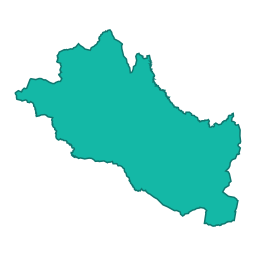 Phran Kratai, Kamphaeng Phet, Thailand (Albers equal-area conic projection)
{"feature_id": "78962969B94050076713993", "entity_name": "Phran Kratai", "entity_type": "district", "adm_level": 2, "iso_a3": "THA", "parent_name": "Thailand", "parent_adm1": "Kamphaeng Phet", "projection": "albers", "projection_center": [99.551, 16.715], "detail": "fine", "context": "isolated", "style": "filled", "palette": "teal", "viewbox_px": 256, "rotation_deg": 0, "n_neighbors": 0, "source": "geoboundaries", "source_scale": "gbopen_adm2", "svg_char_len": 5757}
<svg xmlns="http://www.w3.org/2000/svg" viewBox="0 0 256 256"><path d="M83.1,47.3L80.1,45.4L78.5,43.7L75.7,47.1L73.6,47.8L72.7,49.0L70.4,48.9L67.4,49.9L66.7,49.5L64.7,50.0L64.3,49.7L59.3,52.1L58.4,54.3L57.2,55.7L57.6,56.4L57.4,57.0L58.2,58.0L57.5,59.3L57.8,60.1L56.8,61.3L57.2,62.2L60.6,63.3L60.4,64.7L61.3,66.2L60.0,70.0L60.5,70.5L60.3,71.0L61.4,72.2L60.6,72.6L59.7,74.3L58.8,74.4L59.1,75.3L59.9,75.8L60.0,76.6L61.4,77.6L61.3,78.4L61.8,78.7L60.4,81.4L58.4,81.4L55.5,82.6L54.5,83.5L52.8,83.6L49.6,82.4L45.6,79.9L43.7,79.9L41.3,78.6L39.1,78.5L35.8,79.6L30.9,78.7L30.1,79.4L26.7,88.3L25.4,88.7L24.2,88.2L22.2,90.2L21.8,91.5L21.4,91.9L18.3,90.7L15.4,92.8L15.4,93.7L16.5,95.4L16.5,97.7L16.9,99.3L21.3,100.3L22.0,101.0L25.6,99.9L26.9,100.5L27.5,102.2L29.7,102.6L30.6,101.6L32.9,103.0L33.8,104.8L33.7,106.0L34.9,107.3L35.0,108.5L35.4,108.8L35.1,109.5L35.7,109.9L35.5,110.8L35.9,111.6L35.8,112.6L36.1,112.7L35.9,113.2L36.4,113.3L36.5,113.9L36.2,114.4L36.5,115.0L36.1,115.6L36.4,116.4L39.3,115.8L41.2,114.9L44.8,114.6L46.8,115.5L47.2,116.3L48.4,116.9L52.7,117.6L51.8,119.6L51.9,120.7L52.5,121.1L52.1,123.1L52.8,124.1L52.2,124.6L53.2,126.8L54.9,128.2L54.8,129.6L56.5,130.7L56.5,131.8L55.8,132.3L56.1,133.2L55.6,133.6L56.3,134.6L55.9,136.1L56.2,137.9L57.4,139.3L58.7,140.0L60.6,138.8L61.3,139.7L62.8,139.6L63.4,140.4L66.2,140.7L67.1,141.8L66.9,142.8L69.8,143.8L70.1,144.3L69.5,144.7L70.1,145.2L71.1,144.6L71.8,145.7L71.6,146.6L72.3,148.0L72.8,148.0L72.8,148.5L73.0,147.9L73.8,147.9L74.4,149.0L74.2,149.6L73.1,150.4L73.0,151.7L72.4,152.5L71.2,152.5L71.2,153.4L72.2,154.8L71.8,155.1L72.5,155.9L73.2,155.4L73.8,155.7L74.0,156.1L73.5,156.6L74.1,157.1L74.9,157.4L75.3,156.6L75.5,157.0L76.1,156.9L77.0,157.6L77.4,157.4L78.5,158.4L80.5,157.9L84.7,158.9L89.1,158.1L91.7,158.4L93.9,159.8L95.3,161.3L98.5,161.1L99.1,161.5L104.0,160.9L107.5,162.7L108.2,162.2L110.3,162.1L112.4,161.5L113.1,163.7L116.9,163.7L118.1,165.8L120.2,165.6L122.1,166.7L123.1,168.1L124.2,168.6L124.4,170.7L124.8,171.9L126.1,173.2L126.7,176.0L129.1,177.8L129.5,179.7L129.2,180.4L129.9,180.9L129.6,181.1L130.6,182.4L130.6,183.1L132.5,185.2L132.3,185.6L133.0,186.1L132.9,186.8L133.7,187.2L134.5,188.4L134.5,189.5L135.7,190.4L136.1,190.1L138.1,191.1L138.5,190.6L139.0,190.9L140.0,190.4L140.3,190.7L141.1,189.4L141.7,189.6L141.8,189.1L143.0,190.5L144.1,190.8L145.6,190.3L146.0,191.4L148.4,193.5L149.8,194.0L154.2,197.3L157.2,198.9L163.0,204.8L167.6,206.8L174.4,210.6L176.8,210.5L180.2,212.0L180.6,214.2L182.7,216.0L184.3,214.9L185.0,213.9L188.5,213.4L188.9,212.3L192.6,210.1L194.8,209.6L196.5,208.5L199.8,207.9L199.9,207.4L204.2,208.2L206.7,210.6L205.7,212.2L205.9,213.3L204.4,223.4L205.3,223.5L206.3,223.1L208.6,224.9L210.5,224.6L211.2,225.3L213.0,226.1L215.3,225.9L216.2,225.1L217.6,225.2L218.2,224.8L219.7,225.5L221.1,225.1L221.3,224.3L224.7,223.6L226.9,222.1L227.7,222.0L227.8,221.6L231.3,221.7L232.7,220.4L234.2,220.5L235.7,211.8L234.8,211.7L236.5,207.9L237.9,200.7L237.1,200.4L236.7,199.3L234.3,197.4L228.4,196.3L222.7,191.9L224.9,187.9L228.9,185.5L229.1,182.9L231.0,181.3L229.3,173.7L228.2,171.8L225.7,171.0L228.7,168.1L229.8,165.9L230.2,162.7L231.4,160.6L232.5,159.6L235.4,158.5L237.0,154.4L237.6,154.1L238.4,154.4L239.4,153.8L239.0,152.7L240.3,148.0L238.3,146.1L237.9,145.1L238.8,143.6L240.2,143.1L240.6,141.6L239.9,135.9L240.1,130.0L238.3,124.7L236.3,125.2L235.7,125.0L234.8,123.8L235.2,122.7L233.8,121.7L231.9,121.3L231.6,120.7L232.0,117.9L233.5,116.2L233.2,113.4L232.1,113.8L232.1,114.6L231.3,115.2L229.1,115.4L228.4,116.2L228.1,118.5L227.4,118.6L227.5,119.1L226.7,119.6L226.0,120.7L225.4,120.5L223.6,121.1L223.2,121.9L222.7,121.8L221.1,124.2L218.6,124.8L215.8,123.1L214.0,124.4L214.4,125.9L213.7,126.8L212.3,126.2L211.3,127.1L210.1,127.2L209.3,126.7L209.4,125.0L208.5,124.2L208.8,123.6L208.4,123.3L209.3,121.1L208.3,119.6L207.5,120.2L204.8,120.2L204.7,120.7L201.8,120.8L200.8,121.6L199.7,121.7L199.6,121.1L199.2,121.0L199.4,120.7L198.2,120.4L197.4,117.6L195.0,116.6L194.4,115.6L191.7,115.2L191.5,113.9L189.4,112.2L186.1,112.2L185.5,114.0L183.3,113.2L183.0,112.0L182.5,112.2L181.5,110.7L180.7,111.0L180.6,110.5L179.8,110.4L178.7,109.5L178.3,107.6L177.0,107.3L176.7,107.8L175.6,107.0L174.2,107.0L173.8,105.3L172.9,104.9L172.1,103.1L170.5,102.4L170.6,101.7L169.4,100.5L169.5,100.0L168.5,98.6L169.0,97.7L168.7,97.8L168.6,97.3L167.7,98.1L167.7,97.3L166.9,96.9L167.0,96.3L166.2,96.2L166.2,95.0L165.6,94.8L165.6,93.5L166.0,93.6L166.1,93.1L164.6,92.0L164.8,90.8L164.2,91.1L164.0,90.3L163.6,90.4L163.7,90.1L162.9,89.9L162.6,89.9L162.7,90.5L160.6,90.1L160.5,89.3L160.0,89.5L160.0,88.9L159.6,89.1L159.3,87.6L158.4,87.2L158.3,85.9L156.4,85.9L156.8,85.6L156.5,84.7L155.9,84.7L156.1,84.4L154.8,83.7L155.0,82.9L153.7,81.6L153.1,81.8L153.2,81.1L153.8,80.9L153.0,79.6L153.5,78.9L153.9,78.9L153.4,78.6L153.7,78.2L153.3,77.1L153.7,76.5L154.3,76.5L154.5,75.6L153.3,73.3L152.3,72.5L152.3,71.6L151.4,71.3L151.5,70.5L150.9,70.3L151.5,69.5L151.0,69.4L151.3,69.1L150.7,69.0L150.2,67.7L150.8,66.5L150.4,66.2L150.8,65.8L150.4,65.5L150.9,65.3L150.3,64.7L151.1,64.2L150.3,63.9L150.8,63.8L150.6,62.4L151.2,62.1L150.1,61.3L150.8,61.3L150.9,60.7L150.3,59.8L149.4,55.5L147.0,55.9L147.1,58.1L144.0,58.7L142.6,57.5L142.4,56.4L142.7,56.2L139.5,54.6L139.0,53.4L137.0,54.0L135.8,56.4L136.7,60.3L135.5,65.3L133.5,66.6L133.2,69.3L132.2,71.8L131.5,72.5L130.3,72.7L129.7,67.7L128.5,66.0L128.4,64.5L127.0,63.0L126.4,59.1L123.6,56.1L121.8,48.6L121.6,45.4L122.3,44.6L122.3,44.0L118.9,41.3L114.2,38.9L114.0,37.6L112.2,34.7L111.6,32.2L110.0,29.9L107.8,30.4L107.1,31.6L105.7,31.1L105.5,31.7L102.9,32.5L102.3,34.0L100.9,34.8L100.7,35.9L99.3,37.0L98.9,38.5L99.0,39.0L99.5,39.0L99.5,40.4L98.5,41.7L97.7,41.9L97.3,43.3L96.3,44.6L95.2,45.1L94.4,46.1L91.3,47.7L90.3,50.3L85.0,49.1L83.1,47.3Z" fill="#14b8a6" stroke="#0f766e" stroke-width="1.5"/></svg>